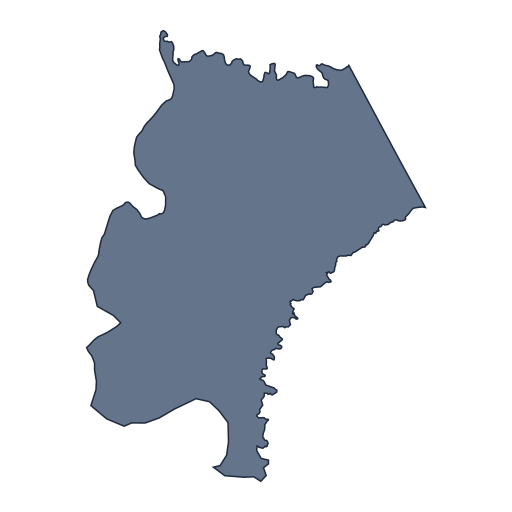 the district of Nkwanta North, Volta, Ghana
{"feature_id": "2480657B6503151283934", "entity_name": "Nkwanta North", "entity_type": "district", "adm_level": 2, "iso_a3": "GHA", "parent_name": "Ghana", "parent_adm1": "Volta", "projection": "natural_earth1", "projection_center": [0.278, 8.552], "detail": "fine", "context": "isolated", "style": "filled", "palette": "slate", "viewbox_px": 512, "rotation_deg": 0, "n_neighbors": 0, "source": "geoboundaries", "source_scale": "gbopen_adm2", "svg_char_len": 5940}
<svg xmlns="http://www.w3.org/2000/svg" viewBox="0 0 512 512"><path d="M87.7,282.0L88.8,285.3L93.5,290.6L97.3,306.4L113.3,315.4L120.7,322.8L116.5,326.6L106.9,332.7L98.2,336.7L94.0,340.0L89.4,345.0L86.6,347.6L88.3,351.3L91.8,355.9L94.6,363.1L94.5,369.3L96.4,381.2L96.0,389.7L90.9,405.6L106.7,418.9L124.2,426.2L131.7,422.9L145.2,423.0L159.3,417.9L174.9,408.8L196.0,398.7L209.4,401.7L219.0,410.7L228.0,422.6L228.5,441.9L226.6,455.2L220.1,465.6L213.4,467.2L224.8,475.7L243.6,477.2L253.7,476.8L260.8,481.3L266.2,475.5L263.5,467.8L268.5,463.8L268.5,460.1L261.3,458.5L256.7,450.7L257.0,446.0L257.5,446.0L258.7,447.1L262.3,448.2L263.3,448.0L265.2,446.2L266.0,446.8L267.1,446.2L267.5,444.4L268.1,443.6L267.5,441.6L266.6,440.4L265.1,440.4L264.7,440.0L263.9,438.9L263.8,438.2L263.0,437.7L262.8,436.2L263.3,433.2L264.6,429.7L264.9,426.6L264.7,424.9L266.6,422.1L266.8,421.4L268.3,420.2L268.2,419.3L265.7,419.2L264.2,417.8L263.4,417.6L258.6,417.9L257.2,416.6L256.7,415.1L259.1,413.6L260.0,411.9L259.7,410.1L259.9,409.1L262.7,405.2L261.3,400.3L261.5,399.6L264.1,396.5L264.3,393.2L267.3,393.2L268.0,394.3L269.2,394.1L270.2,393.3L271.2,394.5L272.1,395.0L276.0,392.7L276.7,392.0L276.9,390.8L276.8,390.1L275.6,389.5L274.2,388.0L266.0,385.1L265.0,383.8L264.8,382.7L263.3,380.5L260.5,379.6L259.8,378.7L261.2,377.8L261.6,376.9L262.0,376.6L264.5,376.6L265.2,375.9L264.9,374.9L263.2,374.2L262.2,373.2L261.9,370.8L262.1,369.7L262.7,369.0L266.7,369.0L267.2,368.5L267.3,367.8L266.5,366.1L266.2,364.8L266.5,361.1L266.2,359.7L266.3,358.4L268.1,358.1L270.8,358.3L273.3,359.8L274.1,359.8L274.4,357.6L274.1,356.3L272.4,354.1L270.5,352.9L270.7,351.9L271.5,350.9L272.5,350.0L274.5,349.6L275.6,348.4L279.7,349.0L280.7,348.7L281.7,347.5L281.6,346.2L280.3,345.3L278.5,344.9L277.9,343.9L278.2,343.0L279.3,342.5L279.5,342.0L281.9,340.2L282.4,339.0L279.9,337.0L278.9,335.4L277.9,334.8L277.4,334.9L276.4,333.7L276.2,332.6L276.3,330.2L277.6,327.6L278.8,326.8L282.9,326.5L284.8,327.7L286.0,326.8L288.3,326.9L290.5,324.6L290.1,323.7L289.4,320.2L290.7,318.1L291.8,317.5L292.6,317.5L294.9,317.9L296.1,319.1L297.0,319.1L297.8,318.6L297.6,318.0L294.8,315.7L294.0,313.1L293.3,314.0L292.7,313.5L292.7,311.9L294.1,308.7L291.9,307.1L291.0,305.9L291.0,305.3L290.2,304.5L290.9,303.6L290.2,302.6L290.1,301.4L291.5,301.0L292.8,299.6L296.6,300.8L300.0,300.6L301.0,299.6L302.9,299.9L304.1,298.3L305.8,295.1L307.1,294.9L308.7,293.9L310.6,294.3L312.0,293.7L313.1,291.4L312.0,289.0L313.4,287.6L314.5,287.3L320.5,286.8L325.8,282.3L327.4,281.9L328.4,282.4L330.9,281.9L331.0,281.3L330.3,279.9L328.9,279.0L328.2,277.5L327.2,276.3L326.7,274.6L327.6,273.2L326.6,272.6L329.3,271.8L330.0,273.0L330.9,273.2L334.0,271.6L334.6,269.5L334.7,267.5L335.6,265.4L335.8,262.4L336.8,261.4L336.5,259.7L337.7,256.9L339.9,256.0L346.5,256.0L347.7,255.2L351.0,255.5L353.0,252.6L355.0,252.0L362.5,247.1L364.2,247.2L365.0,246.9L365.9,245.6L366.0,244.8L367.0,244.8L368.5,243.3L373.3,235.3L374.1,232.9L374.8,232.7L375.7,233.2L376.8,231.1L378.2,231.2L378.8,230.9L378.9,230.3L378.2,229.2L378.6,227.8L379.1,227.2L381.2,226.3L382.5,224.4L383.0,224.2L385.2,225.0L386.4,224.6L387.4,224.7L388.5,224.2L390.8,222.5L393.2,221.7L394.3,220.4L395.3,219.9L396.5,219.9L398.1,220.7L399.9,221.0L402.7,220.8L404.5,220.1L405.3,219.7L405.7,219.0L405.4,217.4L405.6,216.9L408.6,213.9L411.2,210.4L413.1,208.3L416.7,207.6L422.4,206.9L425.4,207.5L398.7,158.5L348.8,65.3L347.9,66.8L347.0,66.6L346.4,67.4L344.5,68.6L341.4,70.3L340.8,70.3L336.6,69.7L333.5,68.6L331.4,67.3L328.4,65.9L325.1,65.3L322.2,63.9L321.3,64.0L319.7,65.5L318.5,65.7L317.2,64.8L316.5,65.0L316.2,66.2L316.5,67.3L317.9,69.4L321.8,72.7L322.5,74.3L322.8,76.0L323.8,78.1L325.2,79.3L328.0,80.3L328.5,83.2L328.4,85.6L327.7,86.8L326.8,87.6L320.8,87.0L318.4,87.3L316.8,86.7L315.7,87.5L314.1,87.5L313.7,87.3L313.6,86.9L313.7,85.7L313.1,82.0L313.6,78.3L313.0,77.2L312.3,76.7L309.6,75.6L304.8,75.4L302.6,76.0L298.9,77.6L297.2,77.8L296.4,77.2L294.6,73.4L289.0,71.5L287.7,71.7L286.0,74.8L283.1,77.4L278.3,80.2L276.9,79.9L276.3,78.2L276.5,75.2L274.5,70.8L275.2,64.2L274.5,63.4L271.9,63.8L270.0,64.7L270.2,66.6L270.1,69.4L269.5,73.1L268.3,73.7L266.6,72.6L265.2,72.4L264.9,72.6L264.3,74.1L263.8,77.4L262.8,81.0L262.0,81.8L260.5,82.0L258.1,80.8L256.0,78.8L250.0,74.8L248.4,71.8L249.9,68.0L250.2,66.4L250.1,65.9L249.6,65.5L247.7,65.1L245.7,65.2L244.0,64.9L243.4,63.9L242.5,60.8L240.5,58.9L238.4,59.2L236.4,58.7L233.7,60.0L232.0,61.5L231.6,63.2L229.6,65.2L227.7,65.1L226.5,64.5L225.5,63.1L224.6,60.3L224.2,56.8L223.5,54.7L221.4,53.5L218.3,53.0L216.9,52.4L215.5,52.6L213.8,54.4L211.2,55.7L207.7,56.2L207.1,56.0L205.7,54.7L205.2,53.4L203.3,50.7L201.9,50.7L198.7,52.6L195.7,54.2L194.8,54.3L193.2,55.4L191.9,57.0L191.6,59.2L191.2,59.8L189.1,61.6L181.4,61.9L180.6,61.2L179.1,58.9L178.2,58.7L177.9,59.9L179.0,63.2L179.0,64.1L178.5,65.1L177.0,65.2L173.4,62.1L172.6,59.9L173.1,53.7L172.9,52.1L173.8,49.7L173.7,46.2L172.9,43.9L172.3,42.6L171.2,41.6L170.0,42.0L168.7,42.0L167.1,41.2L165.2,41.4L164.2,41.0L163.3,38.8L163.5,37.8L165.6,36.4L167.1,36.4L167.4,35.9L167.5,35.0L167.2,34.2L165.5,31.9L163.5,30.7L162.8,30.8L161.0,32.1L160.6,34.7L159.7,36.3L160.3,38.8L159.7,43.8L159.8,47.8L159.4,49.6L162.7,58.7L164.4,61.9L167.8,70.6L173.9,84.4L174.2,88.5L172.7,95.5L171.8,97.8L170.6,99.3L166.0,101.1L161.9,104.9L154.6,114.7L149.6,120.3L146.7,123.1L144.2,126.5L142.0,130.8L138.5,134.7L136.5,137.4L134.3,147.0L133.8,153.2L134.8,158.8L135.4,165.4L138.4,170.4L143.4,177.3L148.3,182.8L149.6,183.9L158.1,188.6L162.5,190.4L163.3,191.2L165.5,196.4L165.7,198.1L165.5,205.9L164.2,211.2L163.7,212.2L162.5,213.4L160.7,214.0L159.3,213.7L157.6,215.1L149.9,218.1L146.6,218.9L144.3,218.7L143.4,218.4L141.6,217.2L139.9,213.6L136.9,209.6L133.0,206.6L129.5,202.8L128.6,202.3L127.1,202.1L125.3,202.7L123.6,204.8L122.0,205.8L117.1,208.0L113.0,210.4L109.9,216.3L104.4,234.1L102.0,237.6L100.7,241.8L99.2,249.7L98.6,254.4L97.7,256.8L94.7,262.1L91.0,269.9L88.9,275.2L87.6,279.6L87.7,282.0Z" fill="#64748b" stroke="#1e293b" stroke-width="1.5"/></svg>